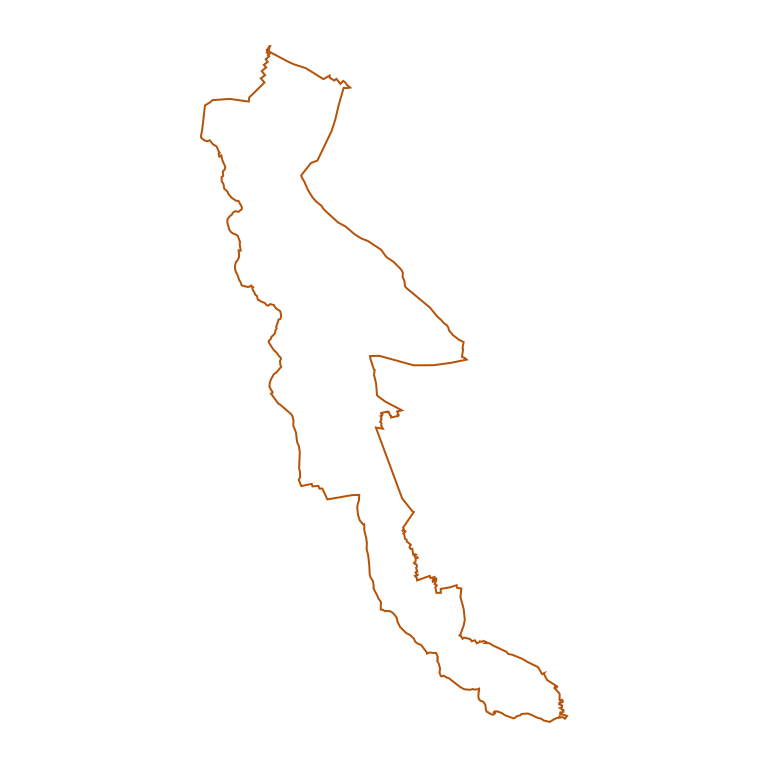 Fortín, Veracruz, Mexico (Mercator projection)
{"feature_id": "50627088B80111986215691", "entity_name": "Fortín", "entity_type": "district", "adm_level": 2, "iso_a3": "MEX", "parent_name": "Mexico", "parent_adm1": "Veracruz", "projection": "mercator", "projection_center": [-96.984, 18.895], "detail": "fine", "context": "isolated", "style": "outline", "palette": "amber", "viewbox_px": 768, "rotation_deg": 0, "n_neighbors": 0, "source": "geoboundaries", "source_scale": "gbopen_adm2", "svg_char_len": 6088}
<svg xmlns="http://www.w3.org/2000/svg" viewBox="0 0 768 768"><path d="M461.3,588.5L457.2,587.9L456.6,585.2L450.2,587.3L440.7,588.9L440.8,592.9L436.4,592.8L435.3,587.2L436.8,585.6L436.1,584.5L434.7,584.3L434.8,583.3L436.2,580.7L436.4,579.0L435.8,578.3L434.6,580.6L432.9,581.7L432.6,580.6L434.0,577.1L430.5,578.1L429.7,575.9L417.1,580.4L416.9,578.3L415.0,575.9L417.5,575.3L417.8,574.9L416.4,574.0L415.5,572.5L416.3,571.7L417.3,571.7L416.1,567.9L417.0,566.2L416.6,564.6L414.4,563.6L414.0,562.8L415.6,561.6L415.7,558.4L417.7,557.8L417.2,557.1L415.3,557.7L414.4,555.7L416.1,554.7L415.5,554.3L413.1,554.5L412.3,548.8L410.4,548.8L409.5,547.0L410.7,544.7L406.8,541.5L406.6,539.7L405.0,538.8L404.1,533.5L403.5,533.4L405.4,531.4L404.0,530.1L402.8,530.9L402.5,530.7L403.7,528.8L403.1,527.6L413.8,512.0L412.5,511.4L411.6,510.3L402.2,498.5L375.9,427.6L382.9,428.7L381.2,425.7L381.5,423.3L380.1,421.9L381.5,419.6L381.0,418.9L381.5,417.3L380.6,416.1L382.0,415.5L382.5,414.7L382.3,414.0L381.2,413.7L381.1,413.0L387.2,411.6L387.4,412.3L388.7,411.9L390.1,415.3L391.0,415.8L391.1,417.5L397.9,416.0L397.6,415.2L398.6,414.9L397.1,411.5L401.8,410.3L385.3,401.6L378.2,396.5L377.0,395.1L376.1,383.5L374.0,374.7L374.7,370.0L373.9,369.5L370.6,359.3L370.0,356.1L378.4,355.8L381.1,356.3L413.6,365.3L433.4,365.2L450.6,362.9L466.6,359.6L464.8,358.0L462.0,356.9L463.1,349.2L462.5,348.4L463.6,342.1L458.8,339.6L453.0,335.1L449.0,330.4L448.3,327.5L446.7,325.1L443.9,323.2L441.4,320.2L437.2,316.5L430.0,307.6L406.6,288.2L405.1,286.5L404.4,281.0L402.6,276.7L402.9,272.7L401.2,269.6L393.4,261.7L386.9,257.4L385.4,255.8L381.3,249.9L367.9,241.0L361.2,238.4L358.4,236.7L354.2,233.9L345.5,226.5L338.3,222.6L325.5,211.0L323.1,208.5L321.7,205.9L316.4,201.8L312.5,197.4L307.6,189.4L304.3,181.5L301.7,177.4L301.2,175.4L311.1,162.9L317.4,160.6L331.7,130.8L335.4,119.1L338.7,105.1L343.6,87.9L346.0,88.1L350.1,87.6L346.9,84.8L344.9,82.1L343.2,80.9L340.4,83.9L336.4,78.9L334.2,80.5L329.8,77.8L329.6,75.6L323.4,79.1L305.9,68.2L293.6,64.2L287.3,61.3L270.1,52.1L269.2,51.2L268.8,49.8L269.2,47.8L270.1,46.1L269.4,46.1L268.3,48.2L268.8,48.5L266.7,49.8L267.3,52.1L266.9,52.5L269.4,54.1L268.0,55.2L269.1,56.4L265.7,59.2L267.7,61.9L263.8,64.9L266.2,67.4L261.7,71.1L265.1,75.2L260.8,78.4L264.5,82.5L249.2,97.5L248.7,101.6L230.1,98.9L212.6,100.1L210.1,102.3L205.0,105.4L202.2,129.8L201.0,136.2L201.1,137.6L204.1,140.2L207.2,141.3L209.7,140.3L213.0,144.4L216.2,146.1L217.0,147.3L218.5,151.0L219.7,152.9L218.6,153.6L219.4,156.7L221.3,155.4L222.4,160.4L225.3,166.9L224.7,169.6L222.8,171.4L223.2,175.5L222.9,176.2L221.7,176.9L221.6,178.1L221.7,181.2L223.5,184.1L224.2,188.6L227.6,191.8L228.4,193.9L231.3,197.5L235.9,200.7L238.5,200.9L241.9,207.3L241.8,209.1L238.6,211.8L235.2,211.2L232.7,212.8L231.9,214.6L229.6,216.4L227.5,219.2L227.4,220.7L227.3,222.5L229.2,229.3L230.8,231.9L232.9,233.4L236.3,234.7L237.9,236.1L240.1,242.3L239.7,243.6L239.8,245.1L240.7,250.6L238.6,250.4L239.1,254.6L239.0,257.1L237.7,260.1L235.9,262.2L234.9,266.1L235.0,268.9L235.7,271.4L237.9,275.9L239.0,279.7L240.4,281.8L241.7,285.4L247.3,286.9L249.4,286.8L251.0,285.5L253.0,287.2L252.2,287.7L252.9,290.1L254.7,292.9L254.9,294.4L257.0,296.0L257.5,298.6L258.2,300.1L258.9,300.0L260.8,301.4L264.8,303.0L266.4,304.9L267.5,305.6L268.1,305.6L270.4,304.1L274.0,305.1L274.3,306.1L276.3,308.7L279.8,310.8L280.5,312.0L281.2,316.6L280.3,318.9L278.5,319.7L278.2,320.2L278.2,321.3L276.1,327.0L276.7,328.3L275.3,330.6L275.3,332.3L274.5,333.9L271.3,337.1L270.9,338.7L268.6,341.2L269.4,343.4L273.0,349.0L274.8,351.1L276.6,352.6L279.0,356.1L280.7,357.7L281.0,358.7L280.0,361.2L280.3,364.7L281.2,366.8L276.1,372.7L274.4,373.6L273.4,374.9L270.7,379.9L269.6,383.8L269.5,386.6L271.3,390.4L272.3,391.3L272.6,392.7L271.0,393.6L278.3,403.6L280.0,404.5L291.5,414.5L292.6,416.7L293.5,420.5L293.3,425.7L296.0,432.6L296.9,440.6L297.4,442.9L298.9,446.2L299.8,452.0L299.1,468.5L300.0,471.9L300.2,476.9L298.8,479.8L300.9,485.1L301.3,486.1L311.7,483.9L312.5,486.4L318.4,485.9L319.3,488.5L322.3,488.5L327.4,499.4L352.3,495.1L359.2,494.9L358.9,500.8L358.0,502.8L357.2,507.2L358.0,514.8L359.8,520.5L363.0,524.3L364.0,524.0L364.4,525.7L364.2,529.7L366.5,539.4L366.4,541.0L366.9,542.1L366.6,549.0L368.2,555.5L369.3,565.6L369.7,574.5L370.5,577.4L372.9,581.0L373.7,585.9L373.4,587.7L374.8,591.1L377.1,595.2L378.3,598.4L380.7,601.5L381.1,603.2L380.8,603.9L380.8,609.7L382.3,609.7L385.1,611.2L386.2,610.9L390.5,611.3L393.0,613.1L395.1,615.4L396.9,618.2L397.5,621.8L400.1,627.0L406.3,633.1L410.1,635.0L413.8,638.6L415.4,641.9L418.2,643.9L421.1,644.9L427.0,652.7L427.0,653.5L430.2,652.4L432.6,653.0L436.1,652.9L437.9,657.2L437.3,658.1L437.8,659.6L437.1,660.7L438.7,663.4L440.1,668.9L439.5,672.5L440.7,675.8L441.3,676.4L443.6,675.7L447.1,677.7L448.7,678.1L460.0,686.9L464.1,689.2L470.0,689.8L472.9,689.0L474.5,689.6L477.3,689.4L479.1,688.6L479.1,690.9L478.4,692.8L478.7,693.7L478.3,695.6L478.8,699.0L480.6,700.9L483.2,701.7L485.3,704.6L486.0,710.3L487.0,712.0L488.1,712.2L489.5,713.4L492.3,714.7L494.2,714.3L495.1,713.0L493.8,712.3L494.3,711.5L497.2,711.3L502.1,713.2L504.7,715.1L513.6,718.4L514.7,718.0L517.1,716.1L520.2,715.3L521.6,714.0L527.8,713.5L531.8,715.0L537.0,717.6L541.6,718.9L543.7,720.5L549.8,721.9L554.0,719.3L556.7,718.1L558.6,717.8L559.2,716.7L560.1,717.6L561.1,717.1L563.3,717.5L564.5,718.6L565.2,718.6L567.0,715.9L561.5,714.3L560.5,714.7L560.0,714.1L560.4,712.3L561.7,712.6L563.4,711.8L562.5,710.3L563.2,710.0L560.0,708.0L562.0,707.2L562.2,705.5L559.1,704.3L559.2,703.5L559.3,702.9L561.6,702.6L562.9,701.7L562.2,699.9L561.7,699.7L560.2,700.8L559.5,699.8L559.7,694.5L558.9,692.8L554.4,688.0L554.8,687.2L556.5,687.5L557.2,686.5L547.1,680.0L543.8,673.7L544.2,673.1L542.1,674.1L538.0,667.1L528.0,662.2L522.2,658.8L512.1,654.7L508.2,654.0L506.6,651.9L492.6,645.3L489.4,643.2L485.7,643.0L486.7,642.5L486.5,642.0L483.4,641.0L483.4,641.3L481.5,641.7L480.0,641.4L480.0,641.8L476.7,643.3L474.9,640.3L471.7,641.3L470.3,639.1L464.1,637.6L462.6,638.8L460.8,635.7L460.5,636.2L459.5,635.4L460.6,634.1L463.7,625.4L464.8,619.7L463.7,609.2L460.5,597.2L461.3,588.5Z" fill="none" stroke="#b45309" stroke-width="2"/></svg>